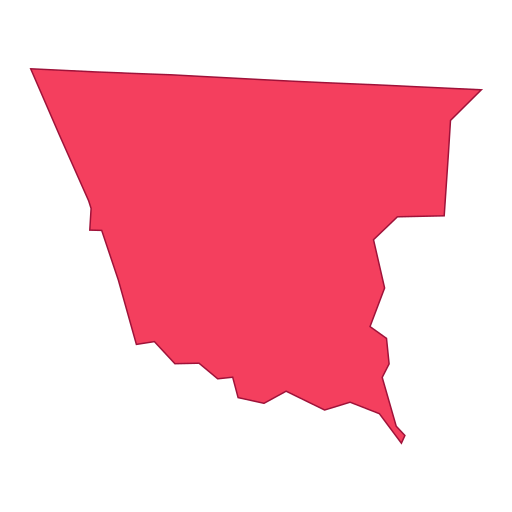 Cherokee, South Carolina, United States of America (Albers equal-area conic projection)
{"feature_id": "52423323B2982594216676", "entity_name": "Cherokee", "entity_type": "district", "adm_level": 2, "iso_a3": "USA", "parent_name": "United States of America", "parent_adm1": "South Carolina", "projection": "albers", "projection_center": [-81.606, 35.012], "detail": "fine", "context": "isolated", "style": "filled", "palette": "rose", "viewbox_px": 512, "rotation_deg": 0, "n_neighbors": 0, "source": "geoboundaries", "source_scale": "gbopen_adm2", "svg_char_len": 740}
<svg xmlns="http://www.w3.org/2000/svg" viewBox="0 0 512 512"><path d="M401.4,443.2L404.9,435.5L396.2,426.2L382.2,377.4L389.1,363.9L386.5,338.4L370.0,326.6L384.6,288.0L373.5,239.7L397.4,216.8L444.2,215.8L448.5,152.3L450.5,120.4L481.3,89.8L481.2,89.8L411.2,86.5L405.2,86.2L397.2,85.8L368.8,84.5L368.0,84.5L322.9,82.6L290.5,81.1L261.1,79.6L232.9,78.1L202.6,76.5L171.2,74.8L151.5,74.1L125.2,73.1L121.5,72.9L95.1,71.9L30.9,68.8L30.7,68.8L59.2,134.5L66.8,151.6L88.7,200.9L91.1,208.5L90.6,216.6L89.8,230.1L101.7,230.4L118.4,280.2L136.4,344.4L154.4,341.6L174.9,363.7L199.0,363.2L217.7,378.8L232.7,377.2L238.1,397.6L264.0,403.3L286.1,391.2L324.6,410.0L350.1,402.2L379.4,413.7L401.4,443.2Z" fill="#f43f5e" stroke="#9f1239" stroke-width="1.5"/></svg>